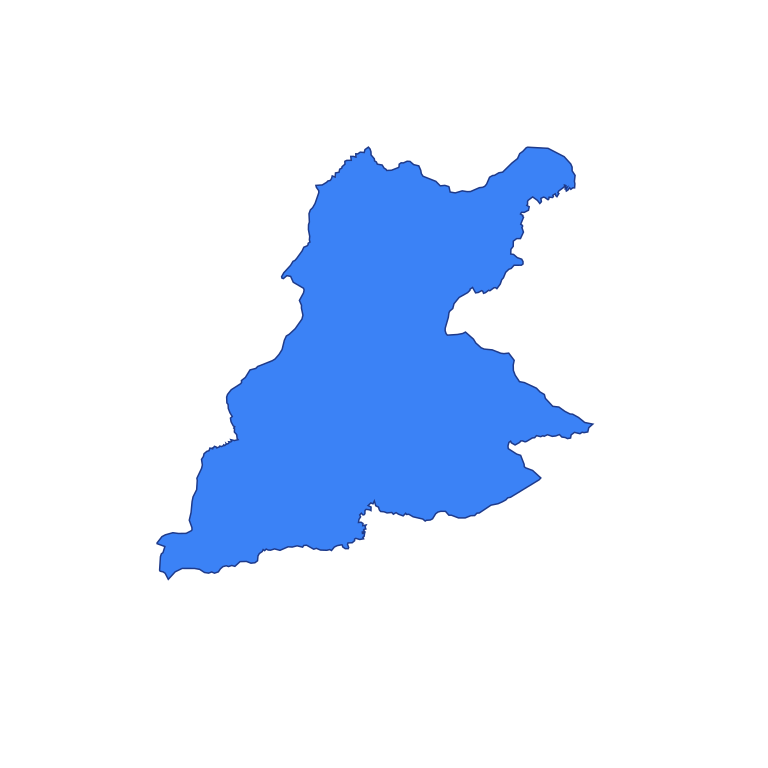 Villa Caro, Norte de Santander, Colombia (orthographic projection), rotated 42°
{"feature_id": "7082276B29990655239758", "entity_name": "Villa Caro", "entity_type": "district", "adm_level": 2, "iso_a3": "COL", "parent_name": "Colombia", "parent_adm1": "Norte de Santander", "projection": "orthographic", "projection_center": [-72.976, 7.933], "detail": "fine", "context": "isolated", "style": "filled", "palette": "blue", "viewbox_px": 768, "rotation_deg": 42, "n_neighbors": 0, "source": "geoboundaries", "source_scale": "gbopen_adm2", "svg_char_len": 6165}
<svg xmlns="http://www.w3.org/2000/svg" viewBox="0 0 768 768"><g transform="rotate(42 384 384)"><path d="M274.7,496.4L275.8,499.0L279.9,503.2L281.8,503.5L284.7,506.4L288.9,508.5L293.0,509.7L292.7,512.1L295.6,514.4L300.0,516.0L301.7,515.7L301.8,517.3L303.0,517.4L304.9,519.8L308.4,520.2L311.4,522.8L312.8,523.0L310.7,526.1L307.4,527.9L309.1,528.6L308.8,529.7L307.3,530.8L308.1,531.1L308.2,532.3L307.4,533.9L306.5,533.9L307.1,534.3L306.8,536.3L305.6,536.4L305.8,537.7L305.0,539.3L303.5,540.0L303.7,540.9L302.5,543.4L301.3,543.1L299.7,543.8L299.9,545.6L299.3,546.3L299.9,546.9L297.5,548.1L298.6,550.6L297.4,552.6L296.9,556.2L298.3,558.7L298.8,562.1L303.2,565.7L304.9,568.8L308.0,579.2L309.8,580.7L315.5,587.9L317.6,595.6L320.0,599.7L326.6,608.6L330.4,615.5L337.3,619.2L338.9,620.8L338.9,622.2L336.9,627.4L331.3,632.6L326.6,635.8L322.4,642.4L321.1,646.0L321.7,654.0L322.2,654.5L329.9,651.4L332.6,657.2L332.2,659.2L333.4,661.9L341.8,672.5L342.9,672.9L345.6,671.4L348.0,671.1L354.4,673.5L354.5,663.3L357.4,656.1L366.7,647.8L371.0,645.1L376.7,644.2L380.2,641.9L381.7,639.0L384.6,638.0L386.6,634.5L386.1,630.8L386.5,627.5L388.4,624.6L390.6,623.7L392.3,620.7L395.2,619.3L395.9,612.3L400.5,607.9L405.0,606.2L407.7,603.2L408.3,600.0L405.4,596.1L404.8,593.4L405.6,589.9L405.0,587.9L406.8,587.7L406.9,585.5L409.0,584.9L410.9,583.4L413.0,579.8L418.0,577.2L421.7,569.1L424.9,566.6L427.7,562.4L432.7,559.7L432.4,557.7L434.3,555.6L442.3,553.8L443.7,551.4L447.9,549.9L452.7,545.9L454.5,543.3L456.4,542.9L456.2,538.4L457.4,535.4L460.0,532.0L460.8,531.6L462.3,532.7L465.4,532.3L467.6,530.3L467.1,529.1L464.2,527.6L463.6,526.2L466.6,523.2L467.0,520.1L465.9,518.9L466.3,517.6L470.0,515.8L472.4,512.7L470.9,512.1L471.2,510.6L469.4,507.8L468.0,509.5L466.9,508.5L468.5,506.6L466.5,506.2L466.4,505.4L467.5,503.9L465.4,502.7L465.0,500.8L463.0,503.5L461.7,501.7L459.4,502.1L457.7,504.0L456.0,501.4L455.5,498.4L453.5,497.6L453.6,495.2L455.8,495.4L456.6,494.8L456.6,493.2L454.5,490.7L454.6,489.1L457.4,487.2L459.0,486.8L456.7,484.1L453.5,485.0L453.8,481.2L456.0,480.4L455.1,477.4L459.3,480.0L462.3,479.2L464.8,480.7L466.8,481.0L469.6,478.9L472.5,477.8L475.7,474.3L478.1,474.5L479.0,471.5L481.8,471.1L486.5,469.2L486.6,465.6L488.0,465.9L489.6,464.2L494.5,463.2L503.2,458.4L506.3,458.3L506.7,456.9L509.4,454.1L510.3,451.7L509.2,445.8L509.8,443.0L511.4,440.6L514.9,437.5L520.0,438.1L521.9,436.4L528.9,433.7L534.0,429.1L536.6,423.8L539.4,421.1L539.5,417.8L541.1,416.1L544.6,402.4L548.9,396.6L550.8,392.3L552.1,388.6L552.1,385.9L553.8,383.5L563.4,351.3L563.4,348.9L552.3,348.8L545.4,351.5L543.6,351.6L541.8,349.9L533.3,345.6L529.5,347.3L519.6,348.9L517.6,347.1L515.9,343.8L516.4,341.8L518.0,342.5L522.2,341.6L523.9,336.6L523.7,334.9L525.0,333.6L527.5,332.6L528.3,331.4L530.4,324.7L531.9,323.1L531.9,320.3L535.7,318.3L536.7,316.1L538.0,315.7L539.4,312.3L544.1,310.3L546.4,307.7L548.2,304.2L551.7,304.4L554.5,302.5L556.9,301.8L558.8,299.3L557.1,296.6L557.9,292.5L562.9,289.8L563.5,287.3L565.2,286.3L567.5,283.3L565.4,279.4L566.0,274.1L558.9,278.3L551.0,278.7L544.4,280.2L542.3,281.8L536.7,283.3L529.4,284.1L524.3,287.7L513.5,286.7L510.2,284.5L505.3,285.5L500.1,285.1L487.4,289.0L483.1,291.6L475.6,289.7L471.1,287.4L467.4,283.5L464.9,279.3L456.0,277.6L452.8,281.2L450.2,283.0L441.6,286.2L435.1,291.0L431.9,292.1L424.7,292.1L420.5,290.8L409.8,290.9L408.7,293.8L405.5,298.0L398.4,305.3L396.4,305.0L393.8,303.5L392.1,301.5L387.2,291.4L384.6,287.6L384.1,285.9L384.6,281.9L382.3,277.5L381.9,269.4L385.0,260.2L385.2,256.9L384.5,255.9L385.2,253.0L391.1,255.0L392.8,252.9L394.1,249.3L395.4,249.0L397.3,250.0L398.3,248.2L399.0,244.4L400.3,243.8L401.3,238.9L402.5,237.7L404.1,237.6L403.5,231.9L401.7,227.7L401.7,225.2L399.7,219.6L400.0,215.2L401.2,213.0L401.2,208.7L406.6,203.8L407.0,201.8L405.4,200.0L402.8,199.1L398.5,200.9L393.6,201.0L391.2,202.6L388.2,199.0L387.9,195.2L384.5,191.3L385.3,187.2L388.1,184.6L386.0,177.8L381.7,175.4L381.7,174.4L380.8,173.5L378.7,173.8L376.1,166.7L374.8,166.6L374.4,165.8L371.7,166.4L371.5,165.9L371.4,164.3L373.4,162.6L375.1,158.2L373.3,155.1L370.6,155.7L370.4,154.3L368.5,152.3L368.2,151.0L369.3,145.5L375.2,144.9L379.0,145.6L379.0,143.2L376.4,141.1L377.4,138.5L378.6,137.8L382.6,137.3L382.7,136.2L381.7,134.7L384.5,132.6L384.4,131.3L383.2,130.8L384.0,128.1L385.8,129.1L387.2,129.1L386.5,125.4L385.2,125.5L384.7,123.8L386.0,117.3L385.9,116.1L385.0,115.4L386.4,114.8L387.8,117.4L388.5,115.3L389.0,117.7L390.4,118.6L390.9,117.0L390.7,114.0L392.6,114.3L393.0,111.9L394.4,110.7L391.9,107.5L389.9,106.0L386.4,101.1L381.2,99.7L378.6,96.9L375.5,95.5L365.8,94.5L348.2,99.1L332.3,111.9L331.6,113.3L331.5,118.2L330.7,122.0L332.4,127.1L331.2,134.3L330.4,147.2L328.0,150.2L326.5,155.0L325.2,156.4L324.1,159.7L326.5,166.8L326.6,169.7L325.7,171.8L323.5,174.3L319.5,183.1L317.1,185.4L312.9,188.1L309.1,194.3L304.7,197.1L300.4,194.0L299.7,194.1L296.3,195.7L293.2,199.1L286.9,198.7L274.0,203.5L271.0,202.7L268.3,200.6L263.9,198.6L259.3,201.1L254.4,201.2L252.1,203.0L250.5,206.7L248.7,208.2L248.2,210.5L249.9,212.6L249.8,213.6L246.5,220.2L243.1,223.5L241.8,223.1L239.6,223.5L236.1,222.5L231.9,225.1L229.8,224.1L227.7,224.5L226.1,223.1L221.1,222.4L219.0,220.2L216.4,218.7L213.9,218.4L213.0,222.5L214.4,225.2L211.2,227.6L210.5,230.6L209.0,231.8L211.3,234.2L209.1,235.2L207.0,237.1L210.0,239.7L206.7,242.7L205.9,244.7L207.9,246.8L207.4,250.5L208.2,251.9L207.3,254.0L208.9,256.7L206.7,259.6L209.2,262.9L206.3,264.0L207.5,266.3L207.9,268.6L206.4,270.8L206.4,272.5L204.9,277.4L200.5,282.0L202.2,283.1L206.1,284.0L207.5,285.4L212.0,296.0L213.0,300.7L212.8,303.9L214.3,307.6L220.2,313.6L221.3,316.1L224.5,319.8L230.0,324.0L232.1,326.8L234.0,328.1L233.5,330.2L234.4,331.3L234.4,332.8L232.9,336.0L234.1,339.9L235.1,349.2L235.1,351.9L234.3,353.7L235.2,358.4L235.1,368.4L236.1,372.8L237.4,373.6L238.7,373.0L239.3,368.5L242.6,366.5L248.5,369.1L260.1,366.7L261.7,367.6L263.2,370.1L265.2,378.5L270.0,380.7L271.8,382.8L277.7,387.1L279.6,390.7L281.0,402.3L280.3,410.4L279.3,413.7L280.7,418.2L285.2,426.6L286.2,432.2L286.3,438.4L285.4,441.4L278.4,455.5L278.3,458.2L275.0,463.2L276.6,471.9L275.7,476.8L277.1,478.1L277.3,479.6L274.3,490.5L274.7,496.4Z" fill="#3b82f6" stroke="#1e3a8a" stroke-width="1.5"/></g></svg>